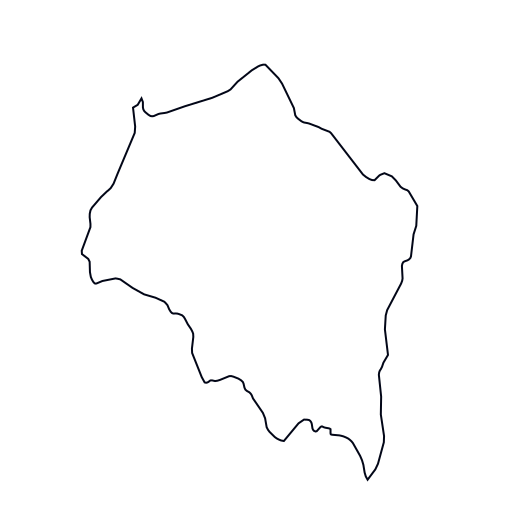 SVG path tracing the border of Samangan, rotated 285°
{"feature_id": "AFG-1773", "entity_name": "Samangan", "entity_type": "Province", "adm_level": 1, "iso_a3": "AFG", "parent_name": "Afghanistan", "parent_adm1": "", "projection": "robinson", "projection_center": [67.514, 36.0], "detail": "fine", "context": "isolated", "style": "outline", "palette": "ink", "viewbox_px": 512, "rotation_deg": 285, "n_neighbors": 0, "source": "natural_earth", "source_scale": "10m", "svg_char_len": 2844}
<svg xmlns="http://www.w3.org/2000/svg" viewBox="0 0 512 512"><g transform="rotate(285 256 256)"><path d="M257.3,84.3L260.4,85.1L272.9,91.1L279.8,95.3L281.1,96.3L284.0,98.1L289.0,99.7L299.7,101.0L343.5,107.0L349.7,105.8L367.5,98.8L371.4,102.6L378.6,104.6L375.4,106.9L370.3,108.3L368.5,109.2L367.1,110.5L366.2,112.0L364.6,115.5L363.9,117.9L364.1,119.5L364.7,121.0L367.9,125.0L368.8,126.6L370.5,130.7L371.5,132.8L382.2,148.5L397.5,172.8L407.9,186.1L410.3,188.3L419.6,193.1L434.3,203.9L439.7,209.0L441.1,210.7L442.7,213.4L443.2,215.6L433.5,231.7L429.2,236.6L408.7,254.3L402.1,257.5L400.6,259.1L399.6,260.9L398.1,264.5L397.6,266.2L397.4,267.8L397.7,271.5L397.7,273.1L396.7,283.3L395.9,286.4L395.0,294.9L394.1,296.7L362.4,338.2L360.8,341.8L359.7,345.5L359.5,347.2L359.4,348.5L359.9,350.9L365.6,354.2L366.6,355.1L369.2,358.6L368.1,366.6L365.2,371.5L360.3,377.7L359.3,380.2L358.9,382.5L358.7,385.1L357.9,386.8L346.0,398.9L326.6,403.0L317.7,402.6L295.7,405.8L294.0,405.6L292.2,404.6L291.0,403.4L289.2,400.8L288.1,399.8L286.4,399.4L284.2,399.5L272.2,403.4L269.8,403.6L266.9,403.3L237.7,396.7L232.2,396.7L218.5,399.5L194.6,409.1L186.0,406.7L181.5,406.4L178.8,405.8L177.5,405.3L175.6,405.1L173.1,405.4L152.5,413.3L135.2,417.6L115.2,426.3L109.1,427.7L86.9,427.6L80.8,426.5L68.8,421.7L71.5,419.1L74.9,417.0L82.0,413.8L86.1,411.3L89.9,408.3L100.4,398.0L101.7,396.2L102.7,394.3L103.5,392.4L104.0,390.1L104.4,387.1L104.4,384.8L104.3,382.9L103.1,376.1L103.0,375.0L103.1,374.5L103.5,374.1L104.3,373.8L107.3,373.0L108.0,372.8L108.3,372.0L108.4,371.0L108.1,367.5L108.1,366.1L108.5,363.9L108.2,363.2L107.4,362.5L102.5,360.0L101.9,359.0L102.1,357.3L102.9,356.1L104.0,355.2L108.1,353.4L109.4,352.6L110.2,351.8L110.8,351.0L111.1,350.2L111.3,349.5L111.2,348.8L111.1,347.7L110.4,344.7L105.4,340.4L84.5,330.8L84.3,327.9L84.6,325.7L85.1,323.4L86.0,321.0L89.7,314.5L91.3,312.5L93.4,310.6L101.6,306.8L106.2,303.3L114.7,293.4L117.6,290.0L120.4,287.9L121.6,286.6L122.6,284.9L123.3,282.1L124.2,280.3L125.9,278.9L129.5,277.0L130.9,275.9L132.1,273.7L133.0,270.7L133.6,265.5L133.6,263.1L133.0,261.2L127.0,253.3L125.6,251.1L124.8,249.3L124.6,248.8L124.5,246.0L124.3,245.0L124.0,244.2L123.5,243.7L122.1,242.7L121.3,241.8L120.8,241.0L120.6,240.1L120.6,239.6L120.6,239.1L125.0,234.9L145.8,219.4L149.9,218.1L161.6,216.4L164.7,215.4L166.5,214.1L168.7,212.1L172.4,207.8L177.0,203.6L178.5,202.0L179.6,200.0L180.0,196.4L180.0,194.7L179.6,192.9L179.2,191.7L179.0,190.8L179.2,189.5L180.1,188.0L182.1,185.9L185.6,183.2L187.1,181.0L188.1,179.3L189.7,169.7L190.0,157.8L193.2,145.1L198.3,131.0L198.2,128.1L198.0,126.1L192.1,114.1L188.3,109.2L187.9,108.5L187.8,107.9L187.8,107.2L188.2,106.6L188.9,105.5L190.8,103.6L193.0,101.9L197.4,99.8L207.4,96.8L209.8,94.7L212.8,87.4L216.0,86.3L241.0,88.6L244.1,87.8L250.4,85.3L253.7,84.5L257.3,84.3Z" fill="none" stroke="#020617" stroke-width="2"/></g></svg>